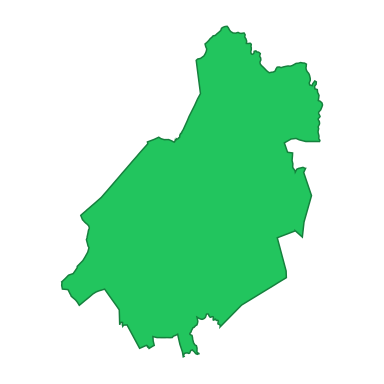 the district of Heroica Villa Tezoatlán de Segura y Luna, Cuna de la Independencia de Oaxaca, Oaxaca, Mexico, rotated 178°
{"feature_id": "50627088B73617398914248", "entity_name": "Heroica Villa Tezoatlán de Segura y Luna, Cuna de la Independencia de Oaxaca", "entity_type": "district", "adm_level": 2, "iso_a3": "MEX", "parent_name": "Mexico", "parent_adm1": "Oaxaca", "projection": "albers", "projection_center": [-97.858, 17.573], "detail": "fine", "context": "isolated", "style": "filled", "palette": "green", "viewbox_px": 384, "rotation_deg": 178, "n_neighbors": 0, "source": "geoboundaries", "source_scale": "gbopen_adm2", "svg_char_len": 5799}
<svg xmlns="http://www.w3.org/2000/svg" viewBox="0 0 384 384"><g transform="rotate(178 192 192)"><path d="M234.8,243.6L234.5,241.7L239.0,237.0L241.4,234.5L244.3,231.4L245.8,229.7L250.9,224.3L251.8,223.3L251.9,223.2L253.5,221.4L254.1,220.8L256.1,218.6L260.4,214.0L260.8,213.6L263.7,210.4L266.9,206.9L267.3,206.5L270.0,203.6L271.9,201.5L272.2,201.2L278.4,194.5L278.9,194.0L282.5,190.1L282.8,189.8L282.9,189.7L287.4,186.0L288.6,185.0L292.5,181.9L293.2,181.3L298.0,177.5L298.6,176.9L301.0,175.0L303.7,172.8L304.0,172.5L302.3,167.9L301.9,167.7L300.5,165.9L298.8,164.2L297.8,163.4L296.4,161.7L295.9,159.9L296.0,158.9L296.6,158.0L297.0,156.6L297.4,154.6L298.4,150.8L298.4,150.0L298.6,149.5L299.2,148.1L298.5,145.0L298.4,144.7L297.8,141.7L296.9,140.0L298.3,135.5L301.2,130.7L303.5,127.2L309.3,121.7L309.4,120.3L311.2,117.8L313.6,114.6L318.0,113.3L318.6,112.9L321.6,110.0L324.2,107.7L325.4,106.7L325.1,106.0L325.5,103.3L324.9,99.5L319.4,98.8L318.4,96.8L317.5,94.7L316.7,93.2L316.4,92.1L314.8,90.6L312.9,88.9L311.9,87.9L310.3,85.7L308.6,82.7L306.5,84.3L302.8,87.2L300.9,88.6L298.8,90.2L294.7,93.5L291.8,95.2L290.9,95.6L288.7,96.4L286.8,96.9L286.0,97.1L282.7,98.0L279.0,92.3L271.2,80.5L269.3,77.5L269.2,77.4L268.8,76.7L268.9,61.8L268.4,63.1L268.5,63.9L268.2,64.0L267.1,64.3L266.4,63.9L266.0,64.1L265.9,64.0L266.0,63.7L265.9,63.4L266.1,63.1L266.2,62.8L266.2,62.4L266.2,61.9L266.2,61.5L266.1,61.1L266.0,60.8L265.9,60.2L265.1,61.2L264.7,61.3L263.9,61.4L263.6,61.4L263.2,61.4L262.9,61.3L261.6,61.5L249.8,37.6L243.0,40.3L242.6,40.3L242.3,39.7L242.1,39.9L241.8,39.6L241.6,39.2L241.6,38.8L241.3,39.0L240.8,38.6L240.6,38.2L240.6,37.6L240.4,37.5L240.3,37.2L236.6,39.3L235.1,40.0L236.0,44.6L236.1,48.9L232.0,47.7L226.7,47.5L220.7,47.3L219.6,47.2L218.3,47.2L218.1,47.2L216.7,47.3L215.9,48.4L214.7,48.9L213.1,49.4L212.7,49.7L211.3,50.4L211.1,49.2L209.4,40.2L207.1,32.3L206.5,27.6L205.6,28.0L206.0,28.6L206.2,29.2L205.6,30.2L204.9,31.0L203.8,31.3L202.2,31.4L201.5,31.0L200.8,30.8L200.0,31.1L199.3,32.5L198.7,33.7L197.0,34.2L196.3,33.1L195.6,32.6L195.2,32.2L194.9,31.6L194.4,31.0L193.9,30.4L193.3,29.9L192.7,29.9L192.1,29.6L191.5,30.1L191.2,30.0L190.8,30.0L190.7,30.3L190.9,30.6L191.1,30.7L191.6,30.7L192.0,30.9L192.5,31.9L192.7,32.6L192.5,33.8L192.5,34.9L192.4,35.9L192.7,36.7L192.8,37.6L193.0,38.3L193.7,38.6L194.5,39.2L194.9,39.9L195.7,41.2L196.0,42.9L196.4,44.2L196.5,45.6L196.6,46.8L197.0,48.7L197.9,49.1L198.8,49.6L199.2,50.1L199.1,50.9L198.4,51.3L198.0,51.9L197.7,52.6L197.3,53.7L196.5,55.0L195.8,56.3L194.6,56.7L193.3,58.1L192.5,58.6L191.7,59.0L191.0,61.0L190.7,62.6L190.9,63.6L191.0,64.8L191.4,66.8L188.9,65.2L187.7,64.7L186.4,64.4L185.5,64.6L184.6,65.0L183.9,65.4L182.9,66.4L182.3,68.0L181.9,69.3L181.0,69.6L180.3,69.6L179.8,69.0L179.1,67.3L178.3,66.3L177.6,66.2L176.8,66.6L175.9,66.7L175.1,66.4L175.1,65.6L175.2,64.9L175.3,63.8L175.3,63.4L174.9,63.2L174.6,63.2L174.0,63.8L173.7,64.1L173.1,64.2L172.8,64.0L172.6,63.3L172.1,62.8L171.4,62.9L170.9,62.9L170.4,62.7L170.3,61.9L170.5,60.7L170.7,59.9L170.5,59.1L169.8,58.9L169.1,58.5L168.6,57.9L168.4,57.2L168.6,56.2L146.8,76.9L146.6,77.0L146.2,77.4L111.8,96.8L109.6,98.1L100.7,103.1L100.7,109.8L108.4,143.3L90.3,149.5L90.3,149.8L83.3,143.1L81.1,158.1L72.7,184.2L79.7,207.6L77.7,211.6L77.8,211.6L79.0,212.1L79.8,212.6L80.4,212.7L81.0,212.6L82.3,212.3L83.5,212.1L84.6,211.9L85.3,211.6L86.5,211.1L87.6,209.2L88.1,208.3L88.2,209.4L90.5,213.1L90.3,215.8L90.2,216.6L90.4,217.5L90.6,218.6L90.9,219.9L90.3,224.9L90.1,227.5L95.1,228.4L95.5,229.6L98.0,237.9L91.1,241.5L86.1,241.9L83.0,240.4L76.6,238.5L62.8,238.0L62.6,238.4L62.4,239.1L62.7,239.7L63.4,240.8L63.5,241.6L63.2,242.4L63.2,243.7L63.4,244.8L63.6,245.7L63.9,247.0L63.9,248.1L63.7,249.0L63.4,250.2L63.2,250.8L63.4,251.6L63.7,252.6L63.1,253.8L62.6,254.7L62.2,255.6L62.1,256.6L62.3,257.3L62.3,258.2L63.0,259.2L63.4,260.3L63.1,261.1L62.1,262.0L61.4,262.9L61.5,263.3L61.7,263.9L62.0,264.6L62.5,265.4L62.7,266.2L62.6,267.4L62.0,268.0L61.4,268.7L60.5,269.6L59.2,272.5L58.5,274.4L59.0,276.5L60.7,278.2L62.6,279.0L62.1,281.6L61.7,284.1L62.6,286.3L63.0,287.0L63.2,290.0L65.6,290.8L65.8,293.4L64.2,295.3L63.9,297.7L65.4,298.7L67.6,295.9L68.1,294.1L70.6,294.9L71.1,296.8L69.9,299.5L69.9,301.5L70.5,304.6L71.2,306.4L72.8,308.4L73.6,310.4L73.8,312.4L73.5,313.1L73.5,313.6L73.2,315.8L75.0,316.9L77.0,317.1L78.9,317.6L81.1,317.0L83.5,316.9L85.6,315.8L87.4,314.9L89.5,314.3L91.6,314.6L93.8,314.3L96.4,313.8L98.6,313.2L100.4,313.9L102.5,313.8L103.7,312.2L104.7,310.0L106.6,309.0L108.5,308.9L110.6,308.5L112.3,309.8L113.8,311.3L115.1,312.8L116.4,314.2L118.1,315.9L119.3,317.5L119.6,319.5L118.6,321.5L118.7,323.6L119.7,325.4L118.9,328.0L120.5,329.4L122.6,329.8L123.2,330.8L124.9,330.5L125.1,329.9L125.0,329.1L125.7,328.2L126.7,327.5L127.4,327.6L128.0,328.2L128.4,330.0L127.8,332.2L127.7,334.2L128.0,335.3L127.8,336.4L127.6,337.3L127.9,338.0L128.3,338.5L129.0,338.6L130.2,338.5L130.5,338.4L132.5,338.6L132.1,340.9L132.8,343.3L133.9,345.0L133.4,347.3L134.4,349.1L135.5,349.0L136.6,348.8L138.6,348.9L140.4,349.9L142.9,349.2L145.4,349.5L147.7,351.0L148.9,352.6L149.9,354.8L151.1,356.4L153.3,356.2L155.1,355.6L156.8,354.6L157.6,352.4L159.6,350.7L161.7,349.1L163.2,347.7L165.5,347.3L166.8,345.9L168.4,344.7L170.0,342.8L172.1,340.8L173.8,339.5L173.2,336.7L172.3,334.5L172.8,332.2L173.8,330.0L175.3,327.6L176.9,326.5L178.9,325.2L181.7,324.7L183.2,323.4L180.1,290.0L183.2,284.8L186.3,278.5L192.3,267.6L194.4,263.0L198.4,255.0L198.7,254.4L199.0,254.0L200.0,252.5L200.2,251.6L200.9,250.9L201.4,250.9L201.4,250.2L202.2,249.3L202.2,248.6L202.5,247.1L203.7,246.4L203.8,246.0L204.6,245.5L205.2,245.3L205.6,245.6L205.6,245.1L206.3,244.5L206.8,244.9L207.1,243.6L207.5,243.3L207.7,242.7L208.1,242.4L209.2,243.0L210.3,243.7L213.5,245.2L218.0,245.3L221.2,246.4L223.3,247.9L228.0,245.9L234.8,243.6Z" fill="#22c55e" stroke="#15803d" stroke-width="1.5"/></g></svg>